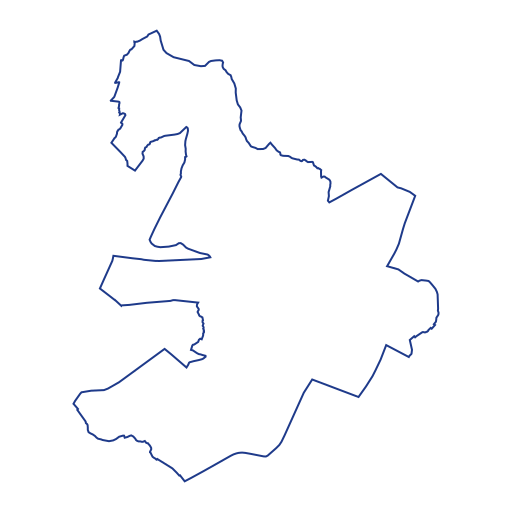 El Carmen Tequexquitla, Tlaxcala, Mexico
{"feature_id": "50627088B42495423385863", "entity_name": "El Carmen Tequexquitla", "entity_type": "district", "adm_level": 2, "iso_a3": "MEX", "parent_name": "Mexico", "parent_adm1": "Tlaxcala", "projection": "orthographic", "projection_center": [-97.685, 19.341], "detail": "fine", "context": "isolated", "style": "outline", "palette": "blue", "viewbox_px": 512, "rotation_deg": 0, "n_neighbors": 0, "source": "geoboundaries", "source_scale": "gbopen_adm2", "svg_char_len": 6003}
<svg xmlns="http://www.w3.org/2000/svg" viewBox="0 0 512 512"><path d="M134.3,41.6L134.3,42.2L134.7,42.9L134.4,46.0L131.4,49.4L130.6,49.5L130.2,49.8L129.2,51.4L128.6,52.8L127.0,54.6L126.6,54.9L126.3,54.9L124.2,55.7L123.6,57.2L123.0,59.8L122.5,60.5L121.2,60.1L121.0,60.4L120.1,71.8L117.9,77.3L117.8,77.9L115.1,82.6L115.2,82.9L115.6,82.9L118.8,82.2L119.2,82.3L119.2,82.7L117.5,88.1L114.4,96.6L114.1,97.1L110.8,100.6L110.9,100.8L111.1,100.8L118.2,101.6L119.0,101.8L119.4,102.1L119.5,103.0L119.0,105.0L119.1,105.8L118.5,108.0L119.2,108.4L119.1,110.1L119.6,111.8L119.2,112.6L120.2,113.5L119.9,114.7L122.9,113.2L124.0,113.5L125.1,114.1L125.4,115.2L121.0,122.6L121.2,122.9L122.3,123.7L122.4,124.8L120.2,128.6L119.0,129.5L118.4,129.7L117.8,130.9L117.3,131.3L117.0,132.7L117.0,133.6L115.9,136.7L115.2,137.6L114.6,138.0L111.4,142.8L120.4,152.0L124.9,156.8L125.5,158.0L126.1,160.0L126.7,160.4L127.2,161.0L127.5,163.7L127.5,165.9L135.0,170.6L142.6,160.6L143.6,158.8L143.7,158.3L143.6,156.3L142.5,153.7L142.7,151.8L143.8,151.1L144.4,150.3L144.8,149.8L144.8,148.9L145.2,147.6L146.5,147.0L147.2,145.7L148.1,144.7L149.5,144.3L150.0,143.4L150.1,142.5L150.6,141.9L153.8,141.0L154.5,140.3L155.3,140.3L156.7,139.7L157.4,139.8L158.3,138.8L158.7,138.0L159.7,137.6L160.4,137.6L161.2,137.4L163.9,136.1L165.0,135.8L174.5,134.6L177.6,134.0L179.9,133.1L186.3,127.0L187.4,127.7L187.8,128.6L188.0,130.8L187.3,134.0L185.9,138.9L185.4,141.0L185.1,145.1L185.7,148.8L185.6,151.5L186.0,154.7L186.5,156.4L185.8,156.9L185.1,157.1L185.1,159.5L184.4,162.5L182.7,165.3L181.5,168.4L180.9,171.4L180.9,173.5L180.5,174.8L180.7,175.5L181.2,176.4L181.1,177.2L178.5,181.9L172.7,193.5L160.3,217.1L154.3,229.2L150.6,237.3L149.6,239.7L150.5,241.8L151.6,243.5L154.8,246.0L157.3,246.7L160.4,247.2L168.8,246.6L176.0,245.1L178.8,243.2L180.7,243.1L183.1,244.6L186.1,247.6L188.1,248.7L199.9,253.0L207.4,254.5L208.2,254.9L208.9,255.5L209.9,256.5L210.3,257.3L201.3,259.0L159.3,261.0L155.2,260.9L144.0,259.8L141.2,259.2L132.7,258.3L113.4,255.8L112.8,258.9L112.3,260.9L103.9,279.5L99.9,288.5L108.6,295.2L114.9,300.1L115.0,300.0L121.3,305.8L121.5,305.4L129.3,304.9L146.8,302.8L170.4,300.9L173.2,300.1L174.8,300.1L198.1,302.6L197.1,304.3L196.9,305.3L196.9,306.4L198.6,308.8L198.7,309.2L198.7,309.9L197.7,311.6L197.6,312.0L199.0,314.7L199.2,315.5L200.1,316.3L200.9,316.5L202.4,317.4L203.0,320.3L202.5,320.9L202.6,322.4L203.5,323.5L202.7,325.8L203.4,326.8L203.6,327.4L203.6,328.0L203.2,328.7L203.6,329.3L203.6,329.9L203.9,330.2L203.7,331.6L204.0,331.6L204.0,332.2L203.1,333.7L203.2,334.4L203.1,335.6L201.7,339.3L200.2,338.7L198.9,339.8L198.2,341.9L194.4,344.4L193.7,344.7L193.1,344.7L192.8,344.9L192.3,345.6L191.0,349.9L192.9,350.4L196.9,353.1L198.8,354.1L200.6,354.4L202.4,355.0L205.5,355.8L205.6,356.7L203.4,358.5L202.0,359.2L198.6,360.1L193.5,361.2L189.6,362.3L189.1,362.7L188.2,364.8L186.5,367.5L171.2,354.3L164.6,348.9L119.1,382.2L107.9,388.6L104.0,390.1L91.2,390.7L81.5,392.3L80.2,393.7L75.1,400.9L73.5,403.8L78.0,409.0L77.3,409.9L85.6,421.5L85.9,423.1L87.1,424.1L87.6,425.1L87.8,427.5L87.8,429.9L88.6,432.2L90.5,433.4L92.7,434.4L95.0,436.0L96.4,437.5L98.0,438.7L101.1,439.4L102.6,440.0L109.0,441.2L113.2,440.4L116.1,439.0L119.2,436.7L123.1,435.6L124.1,435.7L124.7,437.7L127.4,437.0L129.6,435.9L131.2,435.4L133.3,436.5L135.3,438.7L136.0,440.0L137.2,440.9L138.6,441.4L140.3,441.4L141.8,441.8L142.9,441.8L144.8,441.0L146.3,442.9L148.2,443.4L148.5,444.1L149.6,445.2L150.5,446.6L151.2,448.0L151.2,449.4L150.0,451.8L150.0,452.3L150.5,452.6L152.1,455.9L152.6,456.8L154.1,457.9L155.5,458.7L156.1,459.4L156.7,459.7L157.3,459.0L172.4,468.4L176.6,472.6L179.3,475.6L180.0,475.3L184.7,481.3L190.8,478.1L203.6,471.1L230.9,455.7L233.5,454.4L236.4,453.4L238.5,452.9L240.5,452.7L242.1,452.6L245.3,452.9L250.9,453.9L263.7,456.4L265.9,456.5L267.7,455.6L276.2,448.1L279.3,445.0L281.5,441.7L284.6,435.3L303.8,392.7L312.2,379.5L358.5,397.0L365.9,386.6L372.5,376.2L375.4,370.5L380.6,359.6L386.2,345.1L408.8,357.0L409.2,356.2L410.3,355.0L411.2,354.2L411.5,353.7L412.0,349.8L409.8,340.0L414.2,336.2L415.1,337.3L416.4,336.2L422.5,332.1L423.5,332.1L424.6,332.4L425.7,332.3L426.4,331.8L427.2,331.7L428.0,331.0L428.4,330.1L430.7,327.9L431.7,328.7L435.0,325.0L433.9,324.2L435.9,321.7L436.2,320.0L436.4,317.7L438.2,315.0L438.5,314.0L438.5,312.5L437.9,310.7L438.1,308.7L437.6,294.4L436.9,291.9L435.4,288.8L432.4,285.1L430.0,282.3L428.6,281.0L426.2,280.6L421.5,280.1L419.4,280.7L418.1,281.5L404.4,273.6L398.4,269.4L387.1,266.2L394.3,253.6L396.4,249.5L398.9,243.7L403.0,229.0L404.8,223.2L415.2,195.8L409.8,191.9L401.1,188.3L397.5,187.4L380.9,173.9L351.8,189.9L336.2,198.7L329.3,202.4L327.9,200.7L328.9,196.1L328.6,192.1L330.3,186.2L330.2,185.1L330.5,183.4L330.4,181.6L329.9,180.5L329.2,179.6L325.6,177.4L324.7,176.6L323.9,176.5L323.3,176.6L321.5,177.6L321.1,176.5L321.0,171.5L321.2,170.1L319.8,168.9L319.4,168.9L318.3,168.1L317.4,168.3L316.1,166.8L315.6,166.6L315.3,166.2L314.0,165.5L312.9,162.2L312.4,161.9L308.0,162.1L307.3,161.7L306.4,161.1L305.7,160.4L304.4,159.7L303.0,159.9L302.1,161.0L301.6,161.2L300.5,160.9L298.9,159.6L297.1,159.5L292.4,158.3L291.5,157.9L290.1,156.8L288.3,156.0L283.1,155.8L280.9,155.2L280.4,154.6L280.3,153.2L279.9,152.3L278.6,151.8L276.6,150.3L275.0,148.0L271.9,144.6L270.4,142.7L269.0,144.0L265.6,148.0L263.1,149.0L257.7,149.1L255.5,147.9L252.2,146.9L250.9,146.3L248.7,142.9L246.9,141.0L246.1,139.1L245.6,137.4L244.6,135.8L242.7,133.5L241.6,131.3L240.6,130.2L239.9,128.0L239.5,126.3L239.5,124.8L239.8,123.7L240.9,121.2L241.0,120.5L240.7,117.4L241.5,110.6L240.2,107.4L237.9,104.4L236.7,100.4L235.7,92.6L235.8,88.5L234.3,83.4L231.7,79.0L231.3,77.0L230.6,75.2L228.2,73.9L226.6,72.1L225.5,70.2L223.7,68.9L222.8,67.3L222.5,66.0L222.7,63.9L223.1,62.5L222.1,60.7L219.5,60.2L215.5,60.4L211.0,61.0L209.0,61.9L205.0,65.9L200.9,66.2L194.3,65.0L189.0,61.0L173.6,57.2L166.5,53.1L163.5,49.8L160.7,40.6L160.1,36.6L159.1,34.0L156.7,30.7L148.5,34.5L147.2,36.5L142.3,39.1L139.9,40.6L137.2,41.7L136.5,41.7L135.4,42.0L134.3,41.6Z" fill="none" stroke="#1e3a8a" stroke-width="2"/></svg>